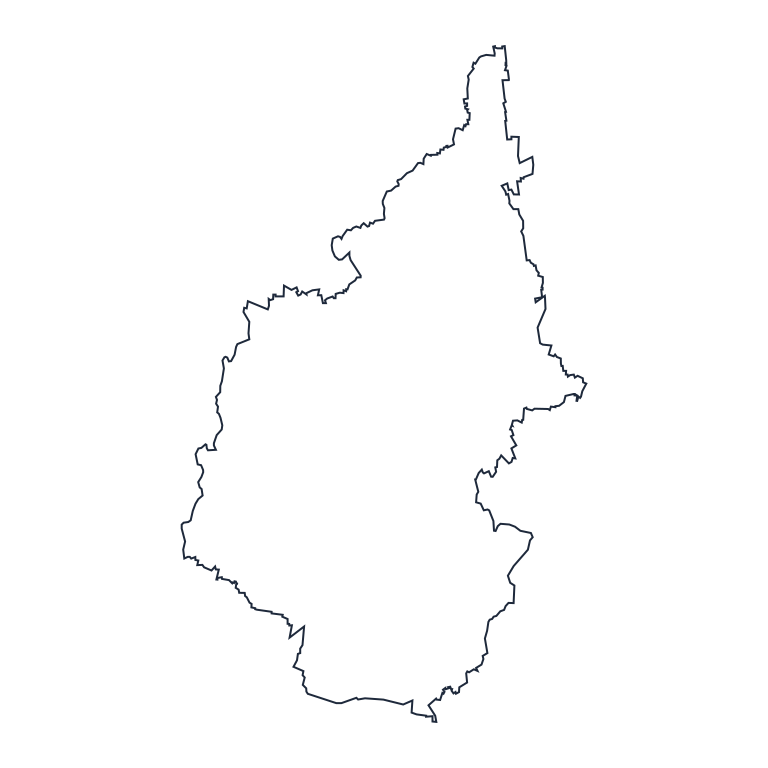 the district of Si Prachan, Suphan Buri, Thailand
{"feature_id": "78962969B29748545186398", "entity_name": "Si Prachan", "entity_type": "district", "adm_level": 2, "iso_a3": "THA", "parent_name": "Thailand", "parent_adm1": "Suphan Buri", "projection": "equal_earth", "projection_center": [100.149, 14.651], "detail": "fine", "context": "isolated", "style": "outline", "palette": "slate", "viewbox_px": 768, "rotation_deg": 0, "n_neighbors": 0, "source": "geoboundaries", "source_scale": "gbopen_adm2", "svg_char_len": 6094}
<svg xmlns="http://www.w3.org/2000/svg" viewBox="0 0 768 768"><path d="M494.5,55.7L486.2,54.9L481.0,56.4L479.3,57.5L475.4,63.7L473.6,62.7L472.4,67.0L473.7,68.6L467.9,76.0L468.7,79.6L467.3,88.4L467.8,98.5L463.7,99.3L464.4,103.5L467.1,103.4L467.1,105.9L465.0,106.5L465.3,108.6L468.0,109.3L467.2,110.2L467.7,112.6L469.7,113.1L469.4,119.8L467.4,119.8L468.3,124.2L466.1,124.2L465.5,126.1L464.2,125.1L462.7,130.2L458.6,128.2L455.6,128.6L453.0,139.3L454.0,144.4L447.7,147.5L447.5,145.8L446.4,145.9L446.4,146.9L443.8,147.6L443.5,149.8L440.4,149.5L439.9,153.4L437.3,153.0L437.4,154.7L430.9,154.9L430.8,155.7L426.7,154.0L423.7,158.7L423.4,164.1L420.3,162.8L418.0,163.1L412.6,170.6L406.9,173.2L401.1,179.1L397.8,180.1L397.3,181.4L398.7,184.1L398.5,185.8L395.6,186.6L391.1,190.6L386.8,191.5L382.7,201.0L382.8,203.9L384.4,208.0L383.9,213.9L384.6,218.2L384.0,219.6L375.0,220.8L373.0,223.7L370.0,222.6L369.1,226.0L367.5,226.6L363.7,223.2L361.3,225.5L360.4,227.9L356.3,226.5L353.1,227.9L350.9,230.3L347.2,229.7L342.6,236.1L341.5,238.9L340.0,236.9L338.0,236.3L332.8,238.6L331.7,245.2L332.4,250.5L334.9,256.4L338.8,259.8L342.1,259.4L349.4,252.5L349.4,255.9L350.6,260.1L360.7,275.7L360.6,277.3L356.8,277.5L355.2,280.4L349.3,284.4L347.5,289.4L346.2,289.2L346.1,291.2L343.6,290.3L343.5,293.1L339.8,292.7L335.7,293.9L335.5,298.2L333.8,298.2L332.6,296.5L327.2,298.5L325.0,300.3L325.9,303.1L322.9,303.1L321.3,295.2L317.9,295.3L319.2,289.4L312.4,290.3L306.3,293.2L306.5,294.5L302.2,291.5L300.6,294.5L298.2,295.6L296.3,292.2L298.0,291.2L296.6,287.4L291.5,289.9L284.0,285.6L283.6,296.4L275.6,296.4L275.6,294.6L273.3,294.6L273.1,299.2L270.3,300.1L268.7,298.9L269.0,305.8L267.8,309.4L247.9,301.2L246.7,308.4L244.2,307.8L243.5,312.0L249.3,321.8L248.5,333.4L249.3,339.3L237.4,344.1L236.1,346.9L234.6,354.7L231.1,361.1L228.9,361.4L227.3,357.6L225.6,356.8L224.4,357.3L222.5,360.5L223.9,368.4L221.9,381.3L220.3,385.8L220.2,392.2L215.9,396.9L217.0,399.9L216.1,403.7L218.0,406.6L217.2,412.4L218.9,413.8L220.5,417.8L222.3,425.3L221.7,429.5L216.7,435.1L213.9,443.2L213.9,445.5L215.9,449.8L208.0,450.3L206.8,448.3L206.4,444.8L205.5,444.3L201.4,447.9L198.4,448.5L195.6,454.2L197.7,464.4L201.1,465.2L203.1,470.0L203.2,472.2L201.4,477.0L198.2,482.1L199.7,487.4L201.6,489.0L202.6,495.5L198.3,499.1L195.5,503.7L192.8,510.9L190.7,520.3L188.3,522.0L183.6,522.7L181.7,524.6L181.7,528.6L185.1,541.5L183.2,549.6L184.3,558.5L187.7,556.9L189.8,556.9L191.2,558.6L195.3,557.0L195.4,560.0L198.3,560.5L197.3,565.1L202.4,564.9L204.1,567.3L211.5,570.5L215.1,566.5L215.8,569.4L218.8,569.6L216.4,579.5L217.4,579.6L217.4,578.0L221.8,577.2L222.0,578.9L229.0,580.1L232.1,583.2L232.4,582.4L234.0,583.0L234.5,581.3L235.9,581.6L236.3,583.1L237.8,583.8L236.3,583.9L235.7,587.8L238.6,589.6L239.2,592.8L244.7,592.9L245.1,596.0L246.8,597.3L249.5,602.6L251.6,603.9L251.4,607.4L255.2,608.2L255.2,609.2L256.9,609.7L271.6,611.8L271.6,613.4L282.7,614.8L282.3,616.7L287.6,619.0L287.6,623.8L289.2,623.9L289.3,625.5L291.9,625.3L289.6,637.6L304.1,626.5L302.5,645.1L300.2,648.6L300.2,653.1L297.9,653.9L297.0,660.3L293.5,666.8L303.4,671.1L302.6,675.2L304.7,677.5L302.8,684.9L306.2,688.3L306.4,691.6L307.8,693.8L336.2,703.1L341.5,703.1L356.4,697.8L358.1,699.5L365.0,698.3L383.4,699.6L403.2,704.5L412.4,700.5L411.6,712.6L416.6,714.4L426.2,715.7L426.1,716.7L432.5,716.2L432.5,721.5L436.3,721.9L435.2,715.7L428.5,705.3L436.1,698.6L436.6,699.6L440.1,700.0L442.4,692.9L443.5,693.7L444.5,691.8L443.0,689.7L445.3,688.0L445.7,689.2L449.4,688.0L448.4,687.1L450.2,686.7L451.1,689.1L452.1,689.1L451.6,690.7L453.5,693.4L455.5,692.0L456.0,693.7L459.0,692.1L459.3,687.3L467.1,682.5L466.2,673.4L467.3,671.4L469.1,672.3L473.8,669.3L477.5,670.9L476.1,667.9L481.5,664.6L483.4,659.0L482.7,655.9L487.4,653.1L484.9,638.5L487.1,630.8L488.4,621.9L489.7,619.7L492.2,618.9L493.6,616.7L496.4,615.9L500.3,611.3L504.1,609.9L505.6,606.1L508.5,602.9L513.6,603.1L514.4,585.5L510.2,582.8L507.9,575.7L513.7,566.0L527.9,549.7L530.0,540.4L532.7,537.2L530.9,533.0L520.4,530.8L515.0,526.7L509.3,524.5L500.5,523.8L497.8,526.1L495.6,531.0L494.0,530.7L493.4,521.0L489.2,510.4L487.6,509.5L483.8,510.3L480.7,503.6L476.1,502.3L476.7,494.5L478.3,491.8L475.2,479.5L475.9,479.5L478.7,473.0L481.8,469.6L482.8,472.4L484.0,473.4L488.8,471.2L491.1,476.7L492.7,476.8L496.1,471.8L495.3,467.4L497.0,467.0L497.3,460.3L499.4,458.7L501.2,455.4L508.9,463.4L511.5,461.9L512.7,458.0L515.3,458.4L511.4,448.4L516.3,445.4L511.0,436.3L513.4,435.1L511.7,430.0L510.1,429.5L511.7,425.4L512.4,425.7L511.9,424.7L513.0,420.7L517.4,420.4L521.7,422.6L522.2,419.9L523.2,419.8L524.0,408.6L526.4,407.6L526.8,408.9L532.2,410.4L534.5,408.7L548.1,409.0L549.8,410.1L550.9,406.6L555.4,407.2L555.4,406.2L559.1,405.8L563.9,402.1L565.5,395.9L573.6,394.0L574.6,394.0L574.5,395.4L575.8,395.5L575.9,394.7L577.3,395.5L576.5,400.8L577.2,400.9L578.4,396.5L580.1,397.9L581.0,396.6L582.3,391.2L586.3,383.6L583.1,382.3L582.8,378.3L577.6,375.8L574.9,377.6L573.8,374.6L570.1,375.1L567.9,376.6L567.6,374.6L565.8,374.5L566.1,370.9L563.3,370.9L562.7,365.9L561.4,366.0L560.9,363.6L560.8,358.5L556.9,357.0L555.1,354.5L553.7,356.3L548.7,354.5L551.4,345.5L542.7,344.6L540.1,343.2L537.6,327.6L545.5,309.0L545.0,297.6L544.8,295.8L535.7,302.3L535.1,298.6L542.1,297.2L541.2,289.7L542.6,289.6L542.6,287.6L541.6,287.3L542.9,282.9L542.8,277.0L538.2,275.7L538.8,272.9L536.5,270.3L535.6,265.4L533.9,265.9L533.5,264.3L530.8,262.7L529.6,260.1L526.7,260.4L523.4,235.9L521.2,231.4L523.2,228.3L523.1,220.8L519.3,214.5L518.3,209.1L513.4,209.1L509.3,203.4L509.5,200.8L508.1,194.0L506.2,194.7L505.4,191.4L501.7,185.8L507.3,183.4L508.7,190.1L511.4,189.6L513.8,194.4L519.0,194.5L517.1,181.3L520.9,181.5L520.7,178.0L523.5,178.7L523.7,177.2L532.5,173.9L533.3,164.8L532.3,156.9L519.7,163.1L518.0,156.0L518.8,137.0L511.4,136.7L511.4,139.3L507.2,139.5L505.2,120.9L506.4,120.7L505.1,112.1L506.0,111.9L503.3,103.3L505.8,101.8L504.6,98.6L502.5,80.2L508.8,80.1L508.9,79.2L507.8,70.6L505.0,70.2L506.5,65.9L505.5,65.3L505.6,63.3L506.3,63.7L506.2,60.1L504.7,46.1L502.2,46.5L502.3,48.4L497.3,48.3L494.9,47.5L494.9,46.2L493.2,46.6L494.7,53.4L494.5,55.7Z" fill="none" stroke="#1e293b" stroke-width="2"/></svg>